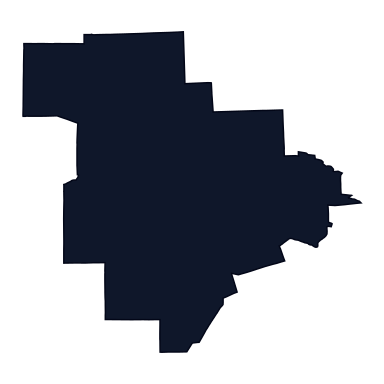 Gogosari, Giurgiu, Romania
{"feature_id": "2599482B84507417435339", "entity_name": "Gogosari", "entity_type": "district", "adm_level": 2, "iso_a3": "ROU", "parent_name": "Romania", "parent_adm1": "Giurgiu", "projection": "equal_earth", "projection_center": [25.692, 43.875], "detail": "fine", "context": "isolated", "style": "filled", "palette": "ink", "viewbox_px": 384, "rotation_deg": 0, "n_neighbors": 0, "source": "geoboundaries", "source_scale": "gbopen_adm2", "svg_char_len": 5709}
<svg xmlns="http://www.w3.org/2000/svg" viewBox="0 0 384 384"><path d="M202.3,336.7L204.6,332.6L206.1,329.8L207.2,328.2L208.8,325.5L208.9,325.3L209.1,325.0L209.8,324.0L211.7,320.9L212.4,320.0L212.5,319.7L214.0,317.5L215.2,315.6L216.0,314.4L216.2,314.0L216.4,313.7L217.1,312.9L217.5,312.1L218.8,310.0L219.7,308.5L220.2,307.8L220.5,307.4L221.5,306.4L222.3,305.5L222.9,304.7L223.0,304.5L223.0,304.2L223.1,302.8L223.1,301.0L223.1,299.7L223.1,298.7L223.1,298.3L223.2,298.0L223.3,298.0L223.6,297.9L224.4,297.6L226.6,296.7L231.5,294.4L234.1,293.2L236.9,292.2L237.1,292.1L236.5,290.1L233.4,279.8L232.1,275.7L231.8,274.7L231.6,273.3L237.6,274.6L238.2,274.7L238.6,274.7L240.2,274.2L245.9,272.6L250.5,271.2L255.4,269.6L256.5,269.2L257.5,268.9L264.9,266.5L274.1,263.9L274.3,263.9L276.7,263.3L280.9,262.0L284.7,260.9L283.3,257.2L280.2,248.2L279.9,248.2L279.7,247.9L279.7,247.7L279.6,246.9L279.3,245.9L279.7,245.8L280.2,245.5L281.4,244.5L282.3,244.0L282.6,243.7L283.4,243.0L284.3,242.3L286.0,241.1L287.2,240.1L287.7,239.9L287.9,239.7L288.0,239.6L288.2,239.2L288.3,239.1L289.8,238.5L290.2,238.4L291.0,238.4L291.7,238.5L292.1,238.6L292.8,238.8L293.6,239.1L294.6,239.6L294.8,239.6L295.6,239.8L296.2,239.9L297.8,240.1L298.3,240.2L299.1,240.5L299.3,240.6L299.5,240.7L299.7,240.8L300.4,241.1L301.9,241.7L303.3,242.1L304.9,242.8L305.7,242.9L306.7,243.1L307.3,243.2L308.1,243.6L308.3,243.7L308.4,243.8L308.8,244.3L309.3,244.5L309.7,244.7L310.5,244.9L310.8,244.9L311.3,244.8L311.4,244.7L311.8,245.0L312.4,245.5L313.0,245.8L314.3,246.7L315.0,247.0L315.7,247.2L316.3,247.2L316.7,247.1L317.5,246.8L317.6,246.6L317.8,245.6L317.8,244.8L317.6,243.5L317.8,243.5L317.8,243.1L318.0,242.5L318.9,241.5L320.0,240.5L320.2,240.2L322.2,239.0L322.8,238.4L324.3,237.4L324.9,236.8L325.8,235.9L326.4,234.9L326.7,234.5L326.9,233.9L327.0,233.3L327.0,232.9L327.0,232.7L327.0,231.7L327.1,231.2L327.0,230.4L326.9,229.1L326.9,228.7L326.8,228.0L326.8,227.6L326.8,227.3L326.8,227.1L327.0,226.9L327.2,226.7L327.5,226.6L328.0,226.4L328.6,226.3L331.2,226.7L332.0,224.1L332.1,223.8L332.0,223.6L331.2,223.2L329.9,222.8L329.1,222.6L328.9,222.5L328.8,222.3L328.6,221.9L328.4,221.1L328.4,219.7L328.4,213.7L328.1,207.7L327.8,205.1L333.5,205.4L334.9,205.5L336.3,205.4L345.0,204.6L348.3,204.2L357.5,203.2L361.0,202.9L359.9,201.8L359.7,201.6L359.6,201.4L359.3,201.2L358.5,201.0L357.3,200.6L356.4,200.2L355.7,199.7L354.2,199.1L353.6,199.1L352.9,199.0L352.3,199.0L351.0,198.5L350.4,198.3L349.5,198.2L348.6,198.2L348.4,197.6L348.5,197.4L350.2,196.3L351.6,195.4L351.3,195.3L350.1,195.3L348.6,195.1L347.8,195.0L346.0,194.8L342.9,194.5L342.4,194.4L341.5,194.3L341.4,194.3L341.3,194.2L341.2,194.1L341.0,193.6L341.0,192.2L340.9,191.8L340.7,187.2L340.7,183.9L340.5,180.6L340.5,179.0L340.5,177.1L340.7,175.2L342.2,173.1L341.3,172.7L340.5,172.4L338.4,171.4L338.1,171.3L337.9,171.3L336.1,171.5L334.8,171.6L334.1,171.6L333.4,171.3L333.3,171.2L333.2,171.2L333.4,169.5L333.4,169.3L333.4,169.2L332.0,167.5L331.6,167.1L331.0,166.5L330.7,166.4L330.1,166.2L328.3,166.0L327.5,166.0L327.1,166.1L326.7,166.2L326.1,166.2L325.7,166.1L322.5,163.5L322.4,163.3L322.4,163.1L322.7,162.8L322.9,162.7L322.6,162.3L322.5,162.2L322.6,161.9L322.8,161.8L322.3,161.3L321.9,161.0L321.7,160.6L320.8,160.2L320.4,160.1L318.5,159.6L317.7,159.4L317.2,159.4L316.5,159.2L315.1,158.9L315.1,157.9L314.9,156.7L314.7,155.4L314.1,155.4L313.6,155.3L313.0,155.3L312.4,155.2L311.9,155.1L310.8,155.0L309.9,154.9L308.7,154.8L307.9,154.6L307.5,154.3L307.0,153.8L306.9,153.6L306.3,153.2L305.6,153.0L304.5,152.8L298.4,151.8L298.4,153.0L298.4,153.6L298.4,154.2L298.6,156.0L297.2,155.9L295.2,155.7L284.3,156.0L284.3,155.9L284.1,150.1L284.2,148.7L284.1,146.2L283.8,140.5L283.6,137.1L283.5,132.9L283.1,124.6L282.6,110.0L265.5,110.5L262.5,110.5L246.1,111.0L213.1,112.0L212.6,104.7L211.8,93.6L211.8,92.8L211.3,82.9L211.2,82.8L207.9,82.7L184.9,83.7L184.7,76.4L183.3,31.8L178.3,32.1L168.9,32.5L162.4,32.7L152.5,33.0L141.9,33.5L125.6,34.0L122.4,34.1L118.6,34.2L114.9,34.3L110.0,34.5L106.1,34.5L96.9,34.7L95.1,34.8L93.2,34.8L91.6,34.4L91.6,34.6L91.4,34.6L90.3,34.6L84.1,34.6L84.1,37.0L84.1,43.8L80.0,43.8L74.5,43.7L64.3,43.7L62.7,43.7L59.8,43.6L54.6,43.6L54.4,43.7L52.5,43.8L42.4,43.6L39.2,43.6L37.4,43.6L37.0,43.7L33.5,43.7L30.1,43.6L27.7,43.6L23.9,43.6L23.9,44.6L24.0,48.0L24.1,48.3L24.0,48.5L23.9,49.9L23.6,65.2L23.6,71.2L23.4,80.4L23.4,82.3L23.3,92.4L23.3,94.2L23.2,104.0L23.2,106.3L23.0,114.8L23.0,115.5L23.1,116.3L25.5,116.3L25.9,116.2L26.0,116.1L30.2,116.2L35.3,116.2L39.0,116.2L46.1,116.1L57.1,115.8L58.2,116.2L60.1,116.9L67.0,119.2L70.5,120.5L72.6,121.3L77.9,123.2L77.7,125.4L77.5,129.2L77.1,138.9L77.0,143.0L77.0,143.3L77.1,143.6L77.1,144.7L77.0,148.3L77.0,152.8L77.0,155.1L77.0,164.3L77.0,165.5L77.1,167.4L77.3,172.5L77.4,174.7L77.7,174.7L77.9,174.7L78.3,174.8L78.4,175.0L78.5,175.3L78.5,175.5L77.8,177.5L75.8,180.2L75.4,180.1L75.1,180.1L74.5,180.0L74.2,180.1L73.4,180.1L72.5,180.3L72.0,180.5L71.5,180.7L71.2,181.0L70.5,181.5L67.3,183.0L66.3,183.6L65.6,184.0L63.8,184.5L63.9,185.6L63.9,190.3L63.8,191.8L63.9,192.2L63.9,194.3L64.0,200.5L63.8,210.2L63.7,218.9L63.9,240.7L63.9,243.3L63.9,244.0L63.8,249.6L63.8,253.4L63.8,260.9L63.8,262.8L63.8,263.1L76.7,262.9L85.0,263.0L87.8,262.9L93.9,262.7L96.7,262.7L98.7,262.7L105.1,262.6L104.9,270.7L105.0,272.8L104.9,273.8L104.9,280.1L105.0,290.1L105.0,291.0L105.0,292.4L105.1,297.2L105.1,297.4L105.2,299.4L105.3,301.1L105.3,305.4L105.4,312.9L105.3,315.1L105.3,319.5L131.7,319.7L143.2,319.6L148.8,319.7L154.6,319.6L160.0,319.6L160.0,322.4L160.0,324.6L159.9,333.1L159.9,339.2L160.0,340.7L160.1,352.1L161.7,352.2L168.0,352.0L178.0,352.0L186.8,351.8L191.5,344.3L192.4,343.0L197.6,342.4L199.1,342.3L199.2,342.2L199.3,342.0L202.3,336.7Z" fill="#0f172a" stroke="#020617" stroke-width="1.5"/></svg>